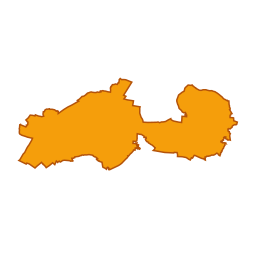 outline of Salatig, Salaj, Romania, rotated 6°
{"feature_id": "2599482B1311445959804", "entity_name": "Salatig", "entity_type": "district", "adm_level": 2, "iso_a3": "ROU", "parent_name": "Romania", "parent_adm1": "Salaj", "projection": "natural_earth1", "projection_center": [23.157, 47.358], "detail": "fine", "context": "isolated", "style": "filled", "palette": "amber", "viewbox_px": 256, "rotation_deg": 6, "n_neighbors": 0, "source": "geoboundaries", "source_scale": "gbopen_adm2", "svg_char_len": 5870}
<svg xmlns="http://www.w3.org/2000/svg" viewBox="0 0 256 256"><g transform="rotate(6 128 128)"><path d="M33.4,174.0L39.7,177.5L41.4,175.5L45.6,171.2L46.7,172.4L47.0,172.4L47.0,172.7L47.4,173.1L48.8,173.9L50.2,175.3L50.8,176.0L54.0,173.3L56.7,170.5L59.0,172.1L60.2,168.4L61.7,169.6L62.1,168.9L63.1,168.2L63.5,168.6L64.2,168.9L65.3,168.2L66.3,167.2L68.1,166.7L72.6,166.6L73.8,166.7L74.4,167.0L76.1,166.6L76.5,166.7L76.6,166.2L76.2,165.9L75.3,164.0L76.7,163.8L77.4,163.3L78.1,163.1L78.1,162.3L81.9,161.4L83.7,160.4L84.6,160.2L84.7,159.9L85.4,159.6L86.7,159.7L87.4,159.3L89.7,159.1L92.0,158.5L95.2,158.7L96.2,159.0L96.3,159.4L97.8,160.2L98.6,160.1L100.0,160.9L101.1,161.8L100.7,162.2L99.9,162.3L100.0,162.6L101.7,163.6L102.2,163.6L102.1,163.9L103.0,164.2L105.7,164.8L107.0,169.4L107.4,169.8L109.0,170.2L110.9,171.3L111.4,169.4L111.9,169.2L112.1,169.7L112.7,169.5L113.5,170.5L113.0,170.6L113.2,171.4L114.1,171.4L122.5,166.3L124.0,165.1L125.4,163.8L129.3,158.8L129.9,158.3L131.2,156.1L130.9,155.7L131.6,155.6L133.1,153.4L134.1,152.4L135.7,150.1L135.8,149.3L137.2,149.3L137.1,148.8L137.3,148.7L137.4,147.7L137.3,147.2L138.1,147.0L139.6,147.8L140.8,147.6L141.7,147.9L142.2,147.3L142.1,147.0L141.5,146.5L141.2,146.5L140.8,146.8L140.9,147.2L139.5,146.3L139.7,146.1L140.2,146.0L140.2,145.4L139.2,145.6L139.2,145.1L140.2,145.0L140.2,143.7L139.5,143.8L139.5,144.7L139.2,144.9L139.4,143.5L138.9,143.5L138.4,143.8L138.4,144.1L137.7,143.0L138.3,142.7L138.5,141.9L137.0,142.2L136.6,142.7L134.6,142.8L134.5,140.6L137.4,140.4L137.8,139.9L138.1,139.8L138.1,138.6L138.2,137.6L137.9,135.3L137.8,132.7L140.9,133.1L141.5,132.9L142.2,133.1L144.9,134.5L144.9,135.3L145.1,135.4L145.0,135.7L145.8,135.7L146.8,135.3L147.0,135.7L146.8,135.8L147.2,136.5L146.5,137.4L147.0,138.4L148.0,139.4L148.2,139.6L148.6,139.5L149.7,140.1L149.7,140.5L149.9,140.7L151.4,141.3L152.2,141.9L153.7,142.4L156.2,144.2L156.7,144.9L157.0,144.9L156.6,146.4L155.5,147.7L167.1,148.5L176.2,148.0L176.5,147.4L179.4,147.3L180.1,149.4L180.2,151.2L184.9,150.9L189.0,151.3L191.8,152.8L193.3,153.3L194.2,151.0L195.3,151.2L196.7,148.3L197.5,148.3L203.3,150.2L205.2,150.7L207.1,150.5L207.1,151.4L208.3,151.8L207.7,148.8L208.9,148.5L209.2,148.2L209.2,147.9L209.3,147.8L211.1,147.6L211.6,147.3L212.2,147.3L214.0,146.2L215.6,146.1L216.9,145.5L219.0,143.7L220.2,144.3L220.9,145.3L222.3,146.0L222.8,144.0L222.8,143.7L222.6,143.6L222.7,142.9L222.9,142.5L223.4,142.4L223.9,141.2L223.6,140.9L224.2,140.0L224.4,139.0L225.1,138.1L225.3,136.8L225.8,135.8L225.9,135.4L226.2,135.1L226.0,134.5L226.2,133.8L226.6,133.4L227.0,133.4L226.8,133.2L226.8,132.7L225.2,132.6L223.8,132.9L223.6,132.5L222.9,132.5L222.8,132.0L221.8,132.0L221.8,131.6L222.0,131.3L223.0,131.2L223.3,130.7L223.5,130.6L223.2,130.5L223.3,130.1L224.2,129.3L224.5,128.4L224.5,127.8L224.2,127.4L225.0,126.7L225.4,126.6L226.2,126.8L225.7,127.3L225.9,127.9L226.5,128.1L226.2,128.1L226.5,128.6L228.0,128.9L228.2,129.5L228.9,129.5L230.6,129.2L231.0,129.3L229.9,125.0L230.1,123.5L230.4,123.0L230.0,122.5L229.3,122.3L229.1,120.9L228.0,120.7L227.7,119.8L227.5,118.8L227.9,118.8L228.4,118.0L229.6,118.3L229.9,117.8L231.4,116.5L231.4,115.7L231.7,115.0L232.9,114.0L234.3,113.3L234.9,113.6L235.7,113.1L236.1,110.7L232.4,109.7L232.2,108.2L231.9,106.9L230.0,106.8L228.5,107.0L228.3,106.6L228.3,105.9L228.2,105.1L228.3,104.5L228.9,104.1L228.9,103.5L229.0,103.1L229.9,102.8L227.1,99.1L227.6,98.7L227.5,97.7L227.3,97.3L226.8,96.7L226.6,95.8L226.6,95.3L226.1,94.2L225.5,90.6L224.9,90.6L224.8,90.8L224.2,90.6L224.3,90.5L224.0,90.2L223.8,90.4L223.1,90.2L221.7,89.5L220.9,89.4L219.4,88.4L218.6,87.5L214.5,84.8L212.6,83.7L211.6,83.3L210.7,82.8L208.6,82.5L207.5,82.1L205.4,82.4L203.4,82.2L201.4,81.8L198.7,82.1L196.9,82.9L195.1,83.0L191.3,81.4L191.3,81.1L189.7,80.4L188.8,79.6L188.2,79.5L187.4,78.5L187.1,78.5L186.5,79.0L183.3,79.0L180.7,81.9L180.3,82.9L180.2,84.3L180.0,84.8L179.9,85.6L178.2,86.7L174.9,89.9L173.6,95.0L173.7,96.1L174.0,97.0L175.0,99.4L175.7,100.4L176.8,103.2L178.9,104.7L179.8,105.6L180.2,106.3L181.9,107.0L183.3,106.5L184.2,107.6L184.1,108.3L183.7,108.3L183.8,108.8L183.4,108.8L183.4,109.1L185.0,109.1L185.1,110.6L180.5,110.7L180.7,114.8L180.6,116.0L180.7,116.9L178.0,116.9L172.5,116.3L170.2,115.4L169.9,115.1L169.6,114.2L167.1,115.8L164.7,117.6L162.3,118.3L160.7,118.5L158.9,119.4L157.3,118.9L155.9,119.3L147.2,120.4L142.5,120.6L142.3,120.4L142.2,119.6L141.5,117.9L139.9,115.9L138.1,112.0L137.9,109.5L137.6,107.0L137.8,105.7L130.3,105.2L130.6,100.4L124.5,100.1L120.9,99.5L122.6,96.7L120.2,95.9L127.0,82.0L120.9,80.3L119.7,80.2L116.5,80.5L115.1,79.6L114.2,80.8L114.3,81.4L114.1,84.0L113.5,84.0L113.4,84.4L112.7,85.8L111.1,85.5L109.3,86.3L108.0,86.5L107.6,87.1L107.2,88.3L106.7,88.5L106.8,89.0L106.4,89.5L106.3,90.2L106.4,90.4L106.8,92.5L106.8,94.2L104.3,94.1L101.9,93.7L99.9,93.7L99.4,93.5L98.9,93.5L98.0,93.9L96.8,94.0L97.0,94.6L97.3,94.8L97.2,95.1L96.3,94.9L95.6,95.6L94.0,95.4L93.4,95.5L93.0,95.9L91.6,96.2L88.9,96.2L87.9,96.0L86.6,96.3L86.1,96.7L84.1,97.5L83.5,98.1L83.5,98.5L82.7,99.0L82.6,99.4L81.5,100.3L81.1,100.7L79.9,101.3L79.1,101.3L76.7,104.3L74.8,105.8L76.1,106.5L69.5,111.2L66.0,113.4L62.4,116.2L57.1,120.9L56.9,118.7L55.8,118.3L55.6,118.8L54.8,118.7L54.6,118.4L54.4,118.4L53.2,117.6L50.5,117.3L48.2,117.6L47.9,117.1L46.0,117.7L45.0,117.7L43.6,118.7L43.1,120.5L42.1,120.6L42.0,123.1L42.9,125.1L40.8,125.8L40.0,125.6L37.8,125.5L34.5,124.6L34.4,125.6L34.1,125.7L31.9,125.4L29.4,125.4L27.7,128.4L25.6,130.7L26.5,131.4L27.0,132.2L27.6,132.3L27.9,132.7L27.9,135.2L27.5,135.6L26.7,135.7L26.9,136.5L26.4,137.0L26.5,137.3L26.3,137.6L21.7,136.3L20.8,136.0L20.7,135.7L20.0,136.1L20.1,138.9L19.9,139.9L20.0,140.5L20.3,141.1L20.3,143.0L20.5,144.5L21.0,145.3L23.2,146.3L27.5,147.2L28.9,147.6L34.1,148.2L33.4,150.5L31.2,155.4L30.4,156.7L29.5,158.6L27.8,163.2L26.5,164.8L23.7,171.0L22.9,171.7L30.5,174.5L31.0,173.5L33.4,174.0Z" fill="#f59e0b" stroke="#b45309" stroke-width="1.5"/></g></svg>